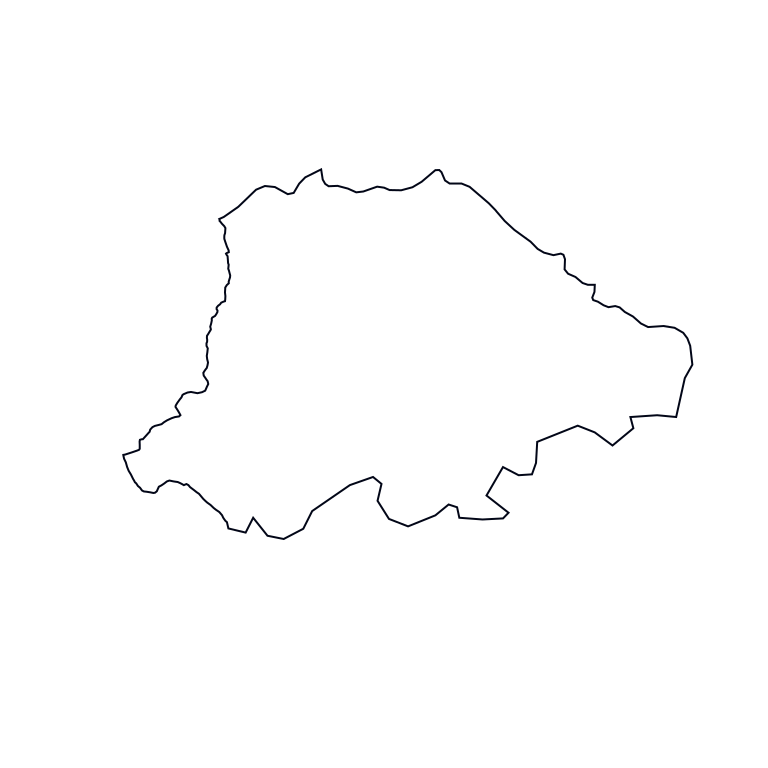 Yeghegnadzor, Vayots Dzor, Armenia, rotated 44°
{"feature_id": "60910142B56159953902843", "entity_name": "Yeghegnadzor", "entity_type": "district", "adm_level": 2, "iso_a3": "ARM", "parent_name": "Armenia", "parent_adm1": "Vayots Dzor", "projection": "orthographic", "projection_center": [45.236, 39.785], "detail": "fine", "context": "isolated", "style": "outline", "palette": "ink", "viewbox_px": 768, "rotation_deg": 44, "n_neighbors": 0, "source": "geoboundaries", "source_scale": "gbopen_adm2", "svg_char_len": 3549}
<svg xmlns="http://www.w3.org/2000/svg" viewBox="0 0 768 768"><g transform="rotate(44 384 384)"><path d="M189.7,273.3L183.8,290.0L183.8,298.8L186.3,309.3L182.9,314.3L168.7,318.1L160.8,324.3L157.0,333.1L156.1,357.8L152.7,375.2L150.9,379.7L151.4,379.8L152.4,380.9L153.2,380.9L156.2,381.3L159.4,381.4L161.6,382.0L163.3,384.0L164.9,385.9L165.8,387.8L166.9,389.1L168.3,390.5L170.7,391.8L175.6,394.3L179.4,395.8L180.8,397.0L179.9,399.1L179.8,400.0L181.0,400.4L182.7,400.7L183.8,401.7L185.4,403.1L187.8,405.3L189.4,406.1L190.9,408.0L191.9,409.3L193.8,410.2L196.2,411.7L197.9,412.7L199.2,414.3L199.9,415.8L201.2,418.3L202.4,419.4L202.2,422.0L202.8,424.9L203.8,426.0L206.0,428.6L208.8,430.9L211.0,433.4L212.1,434.9L211.4,436.1L210.4,438.6L210.7,440.6L210.3,442.9L210.5,445.2L211.5,446.4L213.2,446.8L214.2,448.0L214.8,450.2L215.2,452.3L214.3,455.6L214.7,456.7L216.0,457.9L217.8,460.8L219.2,463.5L221.3,464.8L221.6,465.1L222.0,466.5L222.0,466.8L222.8,470.1L223.2,472.3L224.6,473.9L226.1,475.0L227.5,476.6L228.0,478.0L229.9,479.9L230.8,480.2L232.5,480.8L233.4,482.0L234.9,483.9L237.0,486.9L239.6,489.0L242.5,490.8L244.2,493.4L245.4,495.7L245.5,497.1L245.8,499.2L246.3,501.5L248.5,503.2L251.2,503.7L252.9,504.1L255.2,504.5L257.6,506.1L258.6,509.3L258.8,509.7L260.0,513.0L258.8,516.3L256.2,520.2L250.7,523.8L248.6,526.6L246.9,530.6L246.7,532.0L247.6,534.3L247.8,536.8L248.4,541.0L249.1,544.1L249.9,545.3L253.4,546.1L256.7,547.0L259.2,547.8L259.1,549.7L256.6,553.0L255.0,556.1L253.2,560.8L252.3,564.3L251.9,567.4L250.6,569.6L248.3,573.3L247.4,575.9L247.5,579.2L248.6,581.2L248.6,581.9L248.6,583.0L248.7,585.1L248.8,588.4L248.9,591.2L248.0,592.2L247.2,593.7L248.1,595.1L250.6,597.5L253.3,600.3L253.5,601.5L252.7,603.3L250.2,608.2L246.8,614.6L246.0,615.7L245.7,616.1L245.8,616.2L248.9,618.3L252.7,619.7L256.8,622.1L260.6,623.8L264.8,624.9L269.5,626.6L271.1,627.0L273.1,627.7L274.8,627.6L277.8,628.3L280.6,628.1L283.9,628.7L285.9,628.1L288.1,626.4L291.1,624.3L293.8,622.6L294.8,621.3L295.1,619.0L294.3,616.8L293.4,614.3L294.3,611.6L295.0,608.3L295.5,604.9L296.7,602.5L298.3,601.5L299.9,600.5L301.5,599.4L303.7,597.8L306.2,596.9L308.6,596.2L310.3,595.8L310.8,594.5L311.4,593.2L313.5,592.6L316.1,592.9L321.1,592.3L324.3,592.0L327.2,591.5L330.1,591.8L333.8,592.2L336.9,592.2L339.2,592.1L343.3,591.5L347.6,591.5L350.5,591.2L354.5,590.5L358.7,590.9L361.0,591.8L362.2,592.1L364.9,592.6L367.0,592.5L372.4,596.0L387.7,587.0L382.8,571.1L405.6,574.1L419.5,565.2L426.5,544.2L420.6,525.3L429.7,480.4L440.7,458.5L451.6,457.6L460.5,472.5L481.3,477.6L500.2,469.7L512.2,442.8L514.2,425.8L522.2,421.9L531.1,427.9L549.0,413.0L563.0,398.0L563.0,390.1L535.2,393.0L527.3,361.1L544.2,356.1L553.2,346.2L548.2,335.2L534.4,319.2L552.3,279.4L569.2,272.4L591.1,269.5L594.1,242.6L584.2,236.6L602.2,216.7L617.1,204.8L596.3,170.8L592.4,155.9L577.7,143.8L570.5,140.4L563.7,139.3L554.0,141.7L544.7,148.2L534.4,159.6L526.8,162.0L516.2,162.5L507.2,164.9L500.3,165.2L496.2,167.3L492.1,172.8L487.3,174.8L480.7,176.2L476.2,178.3L473.8,177.2L471.5,171.7L471.2,171.3L466.7,166.2L461.8,171.0L456.7,173.4L447.4,174.0L439.8,176.8L434.3,176.1L427.5,168.5L423.3,166.4L420.6,167.4L416.4,173.6L407.8,178.4L400.6,180.1L390.7,179.8L370.7,182.6L357.6,182.9L344.7,181.7L344.3,181.6L343.2,181.5L333.9,181.2L308.6,182.7L300.6,185.9L292.0,194.2L286.5,195.2L278.2,191.7L275.1,191.7L272.4,194.5L270.6,212.4L267.8,222.7L261.8,232.7L253.3,240.6L247.7,242.7L242.0,246.8L235.4,259.9L230.9,265.4L222.3,268.5L213.0,273.7L206.8,280.2L202.7,280.9L197.9,279.5L189.7,273.3Z" fill="none" stroke="#020617" stroke-width="2"/></g></svg>